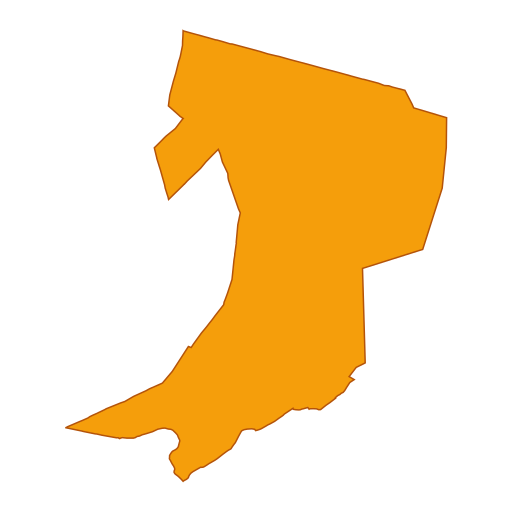 San Miguel Ejutla, Oaxaca, Mexico
{"feature_id": "50627088B91603185074528", "entity_name": "San Miguel Ejutla", "entity_type": "district", "adm_level": 2, "iso_a3": "MEX", "parent_name": "Mexico", "parent_adm1": "Oaxaca", "projection": "albers", "projection_center": [-96.744, 16.594], "detail": "fine", "context": "isolated", "style": "filled", "palette": "amber", "viewbox_px": 512, "rotation_deg": 0, "n_neighbors": 0, "source": "geoboundaries", "source_scale": "gbopen_adm2", "svg_char_len": 3690}
<svg xmlns="http://www.w3.org/2000/svg" viewBox="0 0 512 512"><path d="M208.8,463.7L209.2,463.5L211.3,462.3L215.1,460.1L216.1,459.4L217.3,458.6L222.9,454.2L226.1,451.8L228.4,450.2L230.7,449.0L231.1,448.6L232.3,446.7L234.0,444.3L235.3,442.7L238.5,436.4L240.8,432.2L241.7,430.8L244.0,429.7L247.1,429.1L251.7,428.8L254.7,429.3L255.6,430.6L257.6,430.1L258.5,429.8L260.2,429.2L261.3,428.7L266.4,425.8L267.6,425.0L270.0,423.9L274.0,421.7L274.7,421.3L279.1,418.1L281.8,416.3L283.4,415.1L283.6,414.8L283.8,414.6L284.4,414.0L293.0,408.3L293.3,409.3L295.6,409.7L298.6,409.9L300.2,409.8L301.8,409.1L303.6,408.7L307.8,407.5L309.1,409.2L309.6,408.8L313.1,408.7L315.7,408.8L316.7,408.9L318.7,409.7L319.2,409.7L320.6,409.6L326.1,405.2L329.9,402.6L332.5,400.6L334.3,399.2L335.5,398.3L335.2,398.0L335.7,397.4L337.7,395.6L339.9,394.5L341.2,393.3L343.1,392.4L344.6,390.7L345.3,389.6L346.6,387.4L349.8,382.5L354.2,379.6L349.1,376.6L356.2,367.4L365.2,362.9L362.5,268.4L422.7,249.4L442.2,188.2L446.3,147.6L446.6,117.7L413.7,107.9L412.1,104.2L404.9,90.3L392.5,87.1L388.8,85.8L384.3,85.5L378.7,83.3L363.7,79.3L363.0,79.3L352.8,76.5L337.7,72.3L323.1,68.5L312.7,65.6L289.4,59.4L279.2,56.5L275.5,55.7L267.8,53.9L260.1,51.5L259.7,51.4L231.8,43.9L231.4,44.0L229.9,43.8L222.3,41.5L216.9,40.0L215.7,39.9L210.2,38.3L207.8,37.6L206.6,37.3L191.6,33.2L183.4,30.9L183.1,30.7L182.9,36.5L182.6,41.1L182.5,45.5L180.8,54.0L180.2,56.8L179.2,60.1L178.8,61.1L175.8,73.3L173.4,81.2L169.8,94.9L168.4,105.9L179.2,115.5L180.0,116.3L183.2,118.5L182.4,119.3L179.1,123.6L175.4,128.5L166.3,135.9L164.4,137.7L160.2,142.0L154.3,147.8L156.8,158.1L156.8,158.4L159.0,165.5L160.4,169.9L164.6,184.8L165.2,188.1L165.3,188.4L167.0,193.9L168.0,196.9L168.1,197.4L168.6,199.5L183.6,184.8L183.8,184.4L184.2,184.3L184.5,184.0L187.2,181.0L200.5,168.4L205.9,161.9L212.2,155.4L217.8,149.8L218.3,149.3L218.9,150.7L219.1,151.3L220.2,153.8L222.4,162.0L227.8,173.4L228.1,177.8L228.6,180.4L238.5,208.9L240.3,212.9L237.8,224.8L237.4,229.5L236.2,242.6L236.4,243.1L236.1,244.5L235.5,248.9L235.2,251.2L234.8,253.7L234.7,255.7L234.0,259.9L232.0,279.5L231.6,280.7L227.6,293.0L225.2,299.5L224.1,302.2L223.7,304.7L219.4,310.2L215.1,315.7L213.3,318.2L211.4,320.7L209.6,322.9L206.6,326.8L201.3,333.2L193.5,344.0L191.2,347.5L188.4,346.5L172.3,371.4L162.5,383.0L161.8,383.4L149.5,388.8L145.9,390.8L133.8,396.3L132.9,396.8L124.8,401.5L120.7,402.9L106.1,408.8L105.0,409.5L95.3,414.1L93.0,415.1L89.9,416.6L87.9,418.0L82.7,420.3L79.3,421.7L67.4,426.8L66.4,427.4L65.4,427.8L66.6,427.9L82.1,431.1L83.0,431.4L95.3,433.9L96.7,434.0L99.3,434.6L101.9,435.2L116.5,437.8L118.2,437.7L119.3,438.5L119.7,438.6L120.2,438.2L120.4,438.2L122.2,437.6L126.8,438.1L130.8,438.1L133.5,438.1L135.3,437.6L137.0,436.5L139.6,436.0L142.1,434.8L146.4,433.6L152.5,431.7L157.8,429.2L162.5,428.2L165.1,428.1L168.2,429.0L170.9,429.3L172.8,430.2L175.6,432.9L177.4,434.9L178.5,437.7L179.6,439.9L179.8,440.9L178.5,445.8L178.5,446.1L177.9,447.4L176.8,448.7L175.4,449.7L174.1,450.4L173.0,451.0L172.7,451.1L171.9,451.9L170.8,453.4L169.8,455.1L169.5,455.9L169.6,457.1L169.4,458.0L169.4,458.5L169.5,458.9L169.6,459.3L170.2,460.1L171.4,462.5L172.4,464.3L173.5,465.9L173.9,466.7L174.2,467.3L174.5,467.9L174.7,468.8L174.7,469.3L174.6,469.8L174.2,470.8L174.1,471.4L174.1,471.6L174.1,471.8L174.1,472.2L174.1,472.5L174.5,473.1L174.8,473.6L175.5,474.3L176.9,475.3L178.3,476.4L180.7,478.7L182.3,480.4L183.1,481.3L183.5,480.9L184.8,480.2L186.3,479.4L187.5,478.5L188.4,477.6L188.6,476.6L188.9,476.1L189.5,474.9L190.4,473.8L191.1,473.0L193.0,471.6L194.6,470.7L196.3,469.7L198.8,468.3L200.5,467.3L201.8,467.3L203.0,467.2L204.2,466.7L205.8,465.7L207.4,464.7L208.8,463.7Z" fill="#f59e0b" stroke="#b45309" stroke-width="1.5"/></svg>